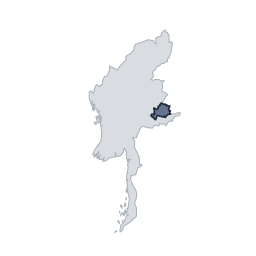 location of Kengtung, Shan, Myanmar, rotated 15°
{"feature_id": "60261553B37663404803056", "entity_name": "Kengtung", "entity_type": "district", "adm_level": 2, "iso_a3": "MMR", "parent_name": "Myanmar", "parent_adm1": "Shan", "projection": "orthographic", "projection_center": [99.278, 21.371], "detail": "fine", "context": "in_parent", "style": "filled", "palette": "slate", "viewbox_px": 256, "rotation_deg": 15, "n_neighbors": 0, "source": "geoboundaries", "source_scale": "gbopen_adm2", "svg_char_len": 7203}
<svg xmlns="http://www.w3.org/2000/svg" viewBox="0 0 256 256"><g transform="rotate(15 128 128)"><path d="M164.2,115.8L161.7,114.6L159.9,115.7L157.2,115.3L157.5,117.7L155.9,118.5L153.1,118.2L151.5,121.9L145.7,122.8L141.9,122.1L139.8,125.3L139.6,129.0L138.6,131.3L139.0,135.1L136.5,136.1L135.0,135.9L135.8,137.6L137.7,138.4L138.8,142.4L138.5,144.0L146.3,153.2L148.6,160.5L150.5,159.5L151.1,160.2L150.3,162.1L147.9,163.6L147.5,171.2L143.5,173.0L143.6,175.6L144.1,177.4L147.6,182.5L151.5,185.9L153.7,189.6L154.2,195.0L153.6,197.3L154.6,200.5L156.7,202.6L159.0,211.1L154.3,218.6L149.5,223.5L148.9,228.7L147.4,230.4L146.6,228.7L146.3,223.3L148.6,219.9L149.4,213.2L150.9,211.8L150.1,211.1L148.2,211.6L148.9,206.2L147.8,206.0L148.7,204.8L147.6,195.8L144.0,189.4L143.5,186.7L143.0,190.4L142.5,189.6L142.5,184.6L140.4,179.1L140.6,178.7L141.6,179.2L140.7,177.9L140.0,178.2L139.4,176.8L138.3,165.5L137.0,163.9L137.6,159.0L138.6,157.7L134.8,158.2L133.1,154.0L133.0,151.8L129.3,148.3L129.9,149.4L129.3,150.5L129.8,152.4L128.3,156.0L126.7,157.6L124.6,158.2L123.1,157.2L122.7,155.3L122.1,155.3L123.5,158.9L117.4,161.9L116.5,164.0L113.3,166.7L112.3,166.4L112.9,162.5L111.0,165.5L108.5,165.6L108.0,161.5L107.0,163.8L105.5,164.5L106.1,157.7L105.6,159.7L103.2,162.3L100.8,163.1L101.5,157.5L104.8,148.8L105.1,145.9L103.6,138.7L101.0,132.7L101.8,132.6L100.0,130.9L99.9,126.4L98.8,128.0L98.5,130.7L96.2,129.2L94.1,125.3L95.0,125.0L97.6,126.9L99.0,125.9L99.5,124.7L95.5,120.8L96.6,119.3L95.2,119.3L91.8,117.3L90.8,117.6L91.2,119.3L90.5,119.7L89.2,117.2L90.3,116.0L89.4,116.0L90.0,113.8L89.7,113.5L88.0,116.3L87.1,115.6L88.2,114.2L87.8,113.3L86.4,111.6L86.4,114.6L83.0,109.7L81.2,103.2L82.9,101.6L85.6,103.6L85.7,95.7L86.9,94.0L89.7,95.5L90.6,93.5L91.7,93.1L91.2,87.6L92.2,84.1L94.2,83.6L94.7,80.7L95.1,76.9L94.4,72.6L96.0,73.7L98.0,73.4L102.5,75.0L104.3,70.0L108.8,62.0L107.3,60.1L107.7,59.0L111.5,54.8L113.5,51.0L112.8,47.6L113.7,44.8L117.1,43.1L124.5,37.6L129.9,37.0L132.1,39.2L133.5,39.4L131.4,34.1L136.0,30.3L135.9,27.2L138.1,23.9L139.3,24.0L140.4,25.7L141.5,25.7L143.6,28.1L145.5,34.7L147.1,33.5L149.0,34.5L149.9,44.2L149.3,49.9L148.1,51.2L149.0,53.6L147.1,54.4L145.7,56.6L143.8,56.8L142.4,59.9L140.5,60.4L139.4,62.8L139.6,64.6L138.0,65.7L137.4,68.8L138.8,70.1L139.2,71.8L137.7,75.4L138.9,75.5L144.4,73.2L148.2,73.7L150.7,73.1L149.1,75.5L150.7,78.7L151.0,83.5L156.7,84.9L157.6,86.1L156.4,87.6L154.4,95.5L161.9,96.6L162.2,99.6L163.8,100.7L164.0,102.4L165.1,102.9L169.1,102.8L171.5,100.7L174.6,99.8L174.8,101.5L174.1,102.8L170.7,104.5L168.5,108.2L168.3,108.9L169.4,109.6L165.5,111.1L164.2,115.8ZM96.5,123.3L98.9,124.8L98.4,125.9L96.9,125.9L95.7,123.9L96.5,123.3ZM144.7,201.1L146.3,203.4L144.7,204.9L144.7,201.1ZM96.0,133.1L94.7,132.2L93.9,130.9L96.6,131.0L96.0,133.1ZM147.0,210.8L147.0,213.8L146.0,213.5L145.4,211.0L147.0,210.8ZM104.5,163.2L102.8,165.1L102.6,163.4L104.9,161.1L104.5,163.2ZM136.9,161.2L135.9,160.6L135.8,158.9L136.6,158.4L137.2,159.3L136.9,161.2ZM143.7,214.4L143.4,213.4L144.5,211.1L144.3,213.2L143.7,214.4ZM143.0,219.9L144.4,222.2L144.2,222.6L142.9,220.8L142.1,221.0L143.0,219.9ZM147.9,209.2L146.4,209.8L146.4,207.7L147.9,209.2ZM144.4,230.2L142.4,232.1L142.7,231.0L144.4,230.2ZM88.8,117.5L89.3,120.0L88.3,117.0L88.8,117.5ZM144.8,196.5L144.7,198.3L144.2,195.3L144.8,196.5ZM94.3,119.4L94.5,121.0L93.5,118.8L94.3,119.4ZM142.8,207.0L141.7,206.1L142.0,205.4L142.6,205.6L142.8,207.0ZM142.0,204.3L141.3,205.5L140.6,204.8L141.2,204.3L142.0,204.3ZM142.1,211.6L142.1,212.7L141.3,210.2L142.1,211.6ZM107.0,165.5L106.2,165.4L107.3,164.2L107.4,164.7L107.0,165.5ZM147.2,220.2L146.5,220.0L147.0,218.8L147.2,220.2Z" fill="#d9dde1" stroke="#a8b0b8" stroke-width="1"/><path d="M147.2,110.4L147.5,110.6L147.7,110.8L147.9,110.9L148.2,110.9L148.3,110.8L148.5,110.8L148.9,110.9L149.1,110.8L149.2,111.0L149.3,111.0L149.3,111.3L149.5,111.3L149.5,111.2L149.6,111.3L149.9,111.5L150.0,111.5L150.3,111.8L150.6,112.0L150.8,112.0L151.3,112.5L151.6,112.8L151.9,112.8L152.0,112.8L152.3,112.8L152.6,112.7L152.6,112.4L152.6,112.2L152.7,111.7L152.8,111.5L152.9,111.4L152.8,111.1L152.7,111.0L152.7,110.7L152.5,110.3L152.6,110.1L152.8,109.8L152.9,109.5L152.9,109.4L152.8,109.2L153.0,109.1L153.1,108.9L153.1,108.6L153.3,108.5L153.3,108.3L153.4,108.2L153.5,108.2L153.7,108.3L153.9,108.2L154.1,108.2L154.5,108.2L155.0,108.3L155.0,108.2L155.3,108.3L155.5,108.4L155.8,108.5L156.0,108.4L156.3,108.3L156.6,108.3L156.8,108.3L157.3,108.4L158.9,108.4L159.0,108.4L159.3,108.2L159.5,108.0L159.8,107.9L160.0,107.5L160.0,107.4L160.2,107.6L160.3,107.6L160.6,107.7L160.7,108.0L160.8,108.0L161.1,108.1L161.3,108.2L161.5,107.7L161.7,107.4L161.8,107.3L161.8,107.0L161.9,106.9L161.9,106.7L162.0,106.5L162.0,106.4L162.1,106.1L162.2,105.9L162.3,105.7L162.5,105.5L162.6,105.4L162.5,105.2L162.8,105.0L163.0,104.8L163.4,104.6L163.5,104.5L163.6,104.4L164.0,104.2L164.4,104.1L164.5,104.1L164.8,104.0L164.8,103.9L165.0,103.9L165.3,103.7L165.2,103.6L165.1,103.4L165.1,103.2L164.9,103.1L164.7,103.0L164.6,102.9L164.6,102.7L164.4,102.5L164.2,102.4L164.1,102.1L164.1,101.9L164.1,101.7L163.9,101.4L164.0,101.4L164.2,101.2L164.3,101.0L164.3,100.9L164.6,100.8L164.6,100.7L164.3,100.4L164.2,100.2L163.9,100.2L163.7,100.3L163.4,100.5L163.2,100.5L163.1,100.3L162.7,100.2L162.6,99.9L162.5,99.7L162.4,99.4L162.4,99.2L162.2,98.9L162.2,98.6L162.2,98.4L162.4,98.2L162.4,97.9L162.5,97.8L162.6,97.7L162.7,97.3L162.8,97.2L162.7,97.0L162.6,96.9L162.5,96.7L162.4,96.7L162.3,96.4L162.5,96.3L162.5,96.2L162.4,96.3L162.2,96.3L162.1,96.2L161.9,96.2L161.5,96.1L161.4,96.2L161.4,96.4L161.5,96.4L161.4,96.5L161.2,96.6L160.8,96.3L160.5,96.3L160.3,96.1L160.2,96.1L159.9,96.2L159.9,96.3L159.7,96.4L159.6,96.1L159.3,96.0L159.2,95.9L159.2,95.7L158.9,95.8L158.6,95.6L158.3,95.8L158.3,95.7L158.2,95.6L157.8,95.8L157.6,95.6L157.4,95.5L157.4,95.4L157.1,95.5L156.9,95.6L156.7,95.7L156.7,95.8L156.2,95.7L156.1,95.8L155.9,95.8L155.7,95.8L155.4,95.6L155.2,95.8L155.0,95.6L154.6,95.5L154.3,95.3L154.1,95.2L153.7,95.2L153.6,95.3L153.8,95.5L153.6,95.6L153.4,95.8L153.4,96.0L153.4,96.6L153.2,96.5L152.8,96.8L152.7,97.0L152.9,97.2L152.9,97.4L153.0,97.5L153.1,97.8L152.8,98.2L152.8,98.4L152.7,98.5L152.5,98.4L152.4,98.4L152.3,98.5L152.2,98.7L152.0,98.8L151.9,98.9L151.6,99.0L151.5,99.3L151.7,99.5L151.8,99.6L151.8,99.8L151.9,100.0L152.0,100.5L151.9,100.6L152.1,100.8L152.1,101.0L151.9,101.0L151.7,101.3L151.7,101.5L151.4,101.7L151.4,101.8L151.2,101.9L151.1,102.2L151.2,102.3L151.1,102.7L150.8,102.7L150.6,102.7L150.4,102.6L150.1,102.5L149.9,102.5L149.7,102.4L149.3,102.3L149.0,102.2L148.9,102.1L148.5,102.0L148.5,101.9L148.4,101.9L148.2,101.9L147.9,102.0L147.8,102.3L147.8,102.5L148.0,102.9L148.1,103.1L148.3,103.4L148.4,103.5L148.7,103.6L148.8,103.7L148.9,103.9L148.9,104.0L148.9,104.3L148.9,104.5L149.0,104.7L149.0,104.8L149.1,105.1L149.2,105.3L149.3,105.4L149.3,105.5L149.2,105.8L149.2,106.0L149.2,106.3L149.3,106.4L149.3,106.5L149.5,106.7L149.7,106.8L150.2,107.1L150.3,107.2L150.3,107.3L149.8,108.0L149.7,108.2L149.6,108.3L149.2,108.3L149.1,108.2L148.9,108.2L148.7,108.1L148.6,108.3L148.5,108.2L148.3,108.5L148.0,108.6L147.9,108.6L147.6,108.6L147.4,108.5L147.2,108.6L147.1,108.8L147.0,109.3L147.0,109.5L147.1,109.8L147.1,110.0L147.1,110.3L147.2,110.4Z" fill="#64748b" stroke="#1e293b" stroke-width="1.5"/></g></svg>